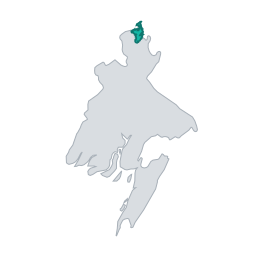 location of Panchagarh, Rangpur, Bangladesh, rotated 36°
{"feature_id": "16705992B66536058617583", "entity_name": "Panchagarh", "entity_type": "district", "adm_level": 2, "iso_a3": "BGD", "parent_name": "Bangladesh", "parent_adm1": "Rangpur", "projection": "natural_earth1", "projection_center": [88.58, 26.32], "detail": "fine", "context": "in_parent", "style": "filled", "palette": "teal", "viewbox_px": 256, "rotation_deg": 36, "n_neighbors": 0, "source": "geoboundaries", "source_scale": "gbopen_adm2", "svg_char_len": 7311}
<svg xmlns="http://www.w3.org/2000/svg" viewBox="0 0 256 256"><g transform="rotate(36 128 128)"><path d="M93.4,180.1L93.4,174.3L89.9,162.8L90.0,161.5L89.3,156.0L88.4,152.9L88.0,149.6L90.1,145.0L89.2,144.2L84.6,142.8L84.0,141.5L85.0,136.9L81.7,132.5L80.3,129.3L83.9,118.7L84.8,111.4L84.5,109.9L82.4,108.3L78.5,107.6L75.8,106.3L74.2,104.2L72.8,103.3L71.1,104.0L69.0,103.2L67.2,101.1L65.7,98.6L66.3,95.8L69.1,89.4L70.2,89.2L72.6,90.4L73.5,90.4L75.1,87.8L77.4,80.5L85.2,81.2L87.0,80.9L89.0,80.3L90.1,79.4L90.6,78.3L90.4,77.2L88.0,75.9L87.1,74.8L86.4,71.9L85.7,70.8L81.0,70.7L78.6,69.3L77.3,68.1L74.9,64.1L71.9,61.2L69.1,60.5L68.0,59.5L67.4,58.0L67.8,55.8L69.2,51.6L76.9,42.5L77.1,41.5L76.8,40.3L74.6,38.9L74.4,38.2L75.1,36.3L76.4,36.0L79.0,37.7L81.7,40.6L83.4,43.1L83.4,45.0L85.5,45.4L87.3,46.3L89.1,46.0L90.3,46.5L91.1,46.3L91.4,45.2L89.9,42.3L90.6,41.1L92.4,41.2L93.7,42.3L94.6,44.5L94.8,47.9L96.9,51.0L99.7,53.2L101.8,54.2L104.4,54.9L106.6,54.2L107.7,52.1L107.2,50.2L107.6,48.4L108.5,47.5L109.8,47.5L110.9,48.9L113.9,56.3L113.3,59.6L114.0,68.6L113.3,74.5L113.8,76.8L114.3,77.2L118.8,78.3L125.5,80.7L130.5,81.5L153.4,80.9L158.4,82.0L173.7,81.2L177.9,83.0L182.4,86.1L185.0,88.4L185.5,89.7L185.2,90.8L184.3,91.5L182.8,91.5L179.2,90.0L178.6,90.4L178.5,94.0L175.7,102.9L175.3,105.7L174.3,106.7L171.3,107.3L169.3,112.5L168.5,113.1L166.5,112.0L165.2,112.2L163.7,112.7L162.1,113.9L161.1,115.4L159.9,115.9L155.6,115.8L154.8,118.2L152.0,121.3L150.1,129.7L150.3,132.3L152.7,138.9L154.4,147.6L155.0,148.5L155.8,148.6L155.8,144.6L156.6,144.1L157.6,144.5L159.7,149.9L160.8,151.2L162.6,151.6L164.6,150.8L166.1,149.2L166.7,147.5L166.2,141.7L167.1,139.3L170.6,135.8L171.1,134.7L170.8,128.9L172.1,128.7L173.9,129.2L176.1,127.8L176.8,127.7L177.7,129.2L179.3,129.0L181.8,140.5L182.0,148.7L182.6,153.2L183.5,154.3L186.2,161.1L188.8,185.0L189.2,200.2L190.3,205.4L189.4,206.6L188.6,206.8L187.8,205.0L182.1,201.1L180.7,201.5L178.8,203.8L178.0,205.8L178.4,208.8L179.0,211.6L180.4,213.3L180.5,215.1L182.1,221.9L181.6,222.0L178.5,215.8L174.7,209.6L173.4,198.7L173.3,193.2L170.7,186.9L168.3,175.8L169.3,171.8L167.5,173.5L164.7,166.9L160.2,160.4L158.9,157.5L158.9,154.7L157.0,157.5L154.4,159.5L151.8,162.5L150.0,163.4L144.5,163.9L141.3,159.9L136.6,150.1L136.0,147.9L136.6,142.2L135.5,136.7L135.1,131.9L134.3,132.4L134.0,133.7L134.2,135.7L133.9,137.4L126.2,136.3L129.5,139.2L133.0,139.8L134.8,142.4L135.0,146.6L131.5,149.2L131.8,151.4L133.8,154.0L131.4,154.8L130.7,156.5L130.7,158.9L132.4,162.7L132.1,164.2L135.1,169.1L135.6,171.5L134.9,174.8L128.6,181.6L126.8,186.3L125.3,188.6L123.3,189.0L121.0,186.7L120.9,184.4L121.4,182.5L124.7,178.1L122.9,178.7L117.8,182.4L116.8,179.4L116.2,176.6L116.1,173.2L118.6,168.1L115.8,170.6L115.0,173.8L115.4,177.5L115.0,180.2L114.0,183.6L112.5,185.7L110.1,187.0L109.0,189.1L107.4,190.6L106.8,183.6L105.1,174.3L104.7,176.3L105.6,182.1L105.5,185.9L104.2,188.9L101.6,192.1L99.6,192.5L98.4,192.0L94.6,187.2L94.2,182.6L93.4,180.1ZM140.0,180.2L135.3,181.4L132.9,181.0L137.4,172.6L137.2,168.8L136.5,165.7L134.2,163.3L134.1,161.5L133.1,159.1L132.5,156.2L135.0,155.3L137.1,157.0L137.8,160.2L138.9,162.6L142.4,167.5L142.4,170.6L141.4,178.0L140.0,180.2ZM150.1,177.5L147.2,179.7L148.1,166.4L150.3,171.4L150.8,174.0L150.1,177.5ZM161.0,170.8L159.8,171.8L158.6,170.9L157.1,167.8L157.8,163.9L158.2,163.3L160.1,167.3L161.0,170.8ZM171.8,198.9L170.1,199.1L169.3,198.1L169.7,196.8L169.2,192.5L171.3,192.0L172.1,195.7L171.8,198.9ZM169.9,186.9L168.7,191.1L168.2,189.2L169.0,185.5L169.9,186.9ZM136.2,152.1L136.7,153.5L134.1,151.7L133.4,150.5L134.6,149.8L136.2,152.1Z" fill="#d9dde1" stroke="#a8b0b8" stroke-width="1"/><path d="M84.8,53.9L85.0,53.9L85.1,53.6L85.4,53.7L85.5,53.6L85.4,53.2L85.5,53.3L85.6,53.1L86.0,52.4L85.9,52.3L85.9,52.1L85.4,51.7L85.7,51.6L85.9,51.0L86.1,50.8L86.3,50.4L86.3,50.2L86.1,50.1L86.1,49.7L86.1,49.4L86.0,49.1L86.1,48.7L85.9,48.6L86.1,48.6L86.4,48.3L86.5,47.8L86.3,47.8L86.5,47.6L86.3,47.1L86.1,46.8L85.9,46.7L85.6,46.8L85.4,46.0L85.6,45.8L85.7,45.2L85.4,44.8L85.5,44.6L85.4,44.4L85.1,44.4L85.0,44.9L85.1,45.0L84.7,44.9L84.7,45.0L84.4,45.0L84.5,45.2L84.5,45.3L83.8,45.4L83.7,45.8L83.3,46.1L83.3,45.9L83.0,46.0L83.0,45.8L83.1,45.7L83.1,45.4L83.0,45.2L83.0,44.8L83.5,45.1L83.4,45.2L83.5,45.3L83.6,45.2L83.8,45.3L84.1,45.1L83.9,45.0L84.0,45.0L83.9,45.1L83.7,45.1L83.7,44.9L83.4,44.8L83.5,44.7L83.4,44.7L83.4,44.4L83.2,44.4L83.2,44.1L83.6,44.0L83.6,43.8L83.8,43.8L83.6,44.0L83.7,44.3L83.8,44.3L84.3,44.2L84.4,44.3L84.7,44.2L85.1,44.0L85.2,43.7L84.8,43.8L84.8,43.7L85.1,43.5L85.0,43.3L85.1,43.2L84.9,43.2L84.7,43.2L84.6,43.4L84.2,43.4L84.2,43.6L83.9,43.5L84.0,43.4L83.8,43.4L83.7,43.3L83.8,43.2L83.8,42.9L83.7,42.9L83.8,42.8L83.6,42.7L83.5,42.4L83.5,42.2L83.4,42.2L83.9,42.0L83.9,41.9L83.5,42.0L83.6,41.8L83.6,41.7L83.3,41.7L83.1,41.6L83.3,41.6L83.2,41.5L83.3,41.5L83.5,41.5L83.5,41.3L83.4,41.3L83.5,41.3L83.5,41.1L83.4,41.1L83.4,41.3L83.3,41.2L83.3,41.3L83.0,41.3L83.0,41.2L82.9,41.2L82.6,41.0L82.4,40.9L82.6,40.8L82.5,40.6L82.2,40.6L82.0,40.4L81.8,40.4L82.0,40.2L81.8,39.2L81.1,39.3L81.0,40.0L81.0,39.9L80.8,39.9L80.8,39.7L80.1,39.7L80.2,39.4L80.1,39.2L79.9,39.1L80.0,38.8L79.2,38.9L79.3,38.8L79.2,38.8L79.3,38.8L79.1,38.7L79.0,38.3L79.1,38.1L78.9,38.0L78.7,37.8L78.3,38.0L78.2,37.3L78.1,37.0L77.8,36.9L77.5,36.9L77.4,36.8L77.4,37.0L77.2,37.2L77.0,36.9L76.9,36.9L76.7,36.7L76.4,36.0L76.5,35.7L76.3,34.7L76.3,34.4L76.3,34.0L76.1,34.0L75.8,34.3L75.8,34.5L75.5,34.7L75.6,34.9L75.8,34.9L75.8,35.0L75.3,35.2L75.2,35.3L75.2,35.8L75.1,36.4L74.7,36.9L74.8,37.3L74.6,37.6L74.6,37.8L74.5,38.1L74.2,38.3L74.1,38.5L74.0,38.8L74.1,39.0L74.3,39.0L74.3,39.3L74.5,39.3L74.5,39.6L74.6,39.9L74.6,40.0L74.7,39.9L74.8,39.8L74.8,39.7L75.0,39.3L74.8,39.1L74.8,38.8L75.1,38.7L75.2,38.8L75.5,38.9L75.5,39.0L76.0,38.8L76.1,39.0L76.3,39.3L76.5,39.4L76.5,39.2L76.7,39.3L76.8,39.2L76.8,39.3L77.4,39.4L78.1,39.6L78.0,39.8L78.2,40.1L78.3,40.1L78.4,40.3L78.4,40.5L78.5,40.7L78.4,40.8L78.6,41.0L78.4,41.2L78.5,41.3L78.8,41.3L78.8,41.5L78.7,41.6L78.9,41.9L79.0,41.9L78.9,42.3L79.0,42.5L79.2,42.3L79.1,42.6L78.9,42.7L79.0,42.7L79.2,42.8L79.0,43.1L78.8,43.1L78.7,43.2L78.7,42.7L78.6,42.8L78.2,42.8L78.3,43.1L78.2,43.2L77.9,43.0L77.9,42.9L77.6,42.9L77.4,42.7L77.5,42.5L77.4,42.5L77.4,42.3L77.1,42.7L77.0,43.1L76.9,43.1L77.0,43.2L76.9,43.4L76.8,43.6L76.2,43.6L76.0,43.8L76.1,44.0L76.3,44.0L76.3,44.3L75.8,44.2L75.6,44.3L75.4,44.4L75.4,44.5L75.3,44.4L75.3,44.6L75.1,44.6L75.0,44.8L74.9,44.8L74.5,45.4L74.6,45.5L74.5,45.8L74.5,46.4L74.6,46.5L74.8,46.6L74.6,46.7L74.7,46.9L74.6,47.0L74.6,47.3L74.0,47.4L74.0,47.6L73.8,47.6L73.9,47.8L73.9,48.0L74.0,48.2L74.1,48.3L74.3,48.4L74.7,48.6L74.9,48.6L75.1,48.7L75.4,48.6L75.5,48.3L75.5,48.2L75.5,47.9L75.9,48.0L76.0,48.1L76.3,48.0L76.1,48.0L76.1,47.8L76.3,47.8L76.7,47.9L76.8,48.0L77.2,48.1L77.4,48.0L77.5,48.2L77.8,48.1L77.7,47.9L77.9,47.9L78.1,47.9L78.6,47.9L78.8,48.0L78.9,47.9L78.9,48.0L79.0,47.9L79.1,48.2L79.0,48.3L79.1,48.6L79.4,48.5L79.5,48.7L79.8,48.3L79.8,48.5L79.7,48.6L79.8,48.7L80.0,48.6L80.1,48.8L80.3,48.9L80.1,48.9L80.1,49.1L80.3,49.1L80.3,49.4L80.5,49.6L80.8,49.6L80.8,49.9L81.1,49.8L81.4,49.9L81.8,50.2L81.8,50.3L81.9,50.5L82.2,50.9L82.1,51.1L82.3,51.1L82.3,51.5L82.5,51.8L82.4,51.8L82.2,51.9L82.2,52.0L82.1,52.4L81.9,52.6L82.0,52.8L82.4,53.0L82.9,53.9L83.1,54.0L83.9,53.9L83.9,54.2L84.0,54.2L84.4,54.2L84.6,53.9L84.8,53.9Z" fill="#14b8a6" stroke="#0f766e" stroke-width="1.5"/></g></svg>